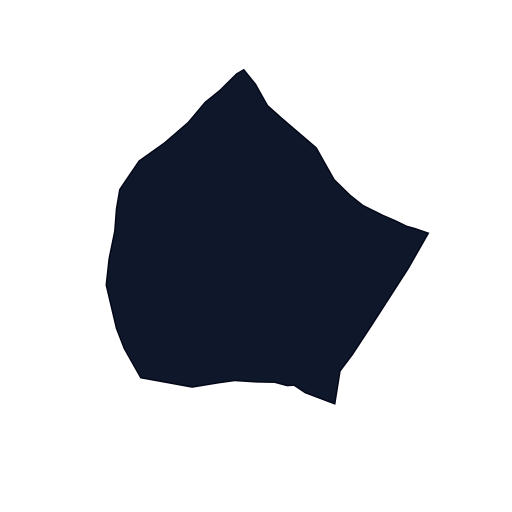 the district of Disuq, Kafr ash Shaykh, Egypt, rotated 240°
{"feature_id": "37247803B31091771651272", "entity_name": "Disuq", "entity_type": "district", "adm_level": 2, "iso_a3": "EGY", "parent_name": "Egypt", "parent_adm1": "Kafr ash Shaykh", "projection": "mercator", "projection_center": [30.648, 31.145], "detail": "fine", "context": "isolated", "style": "filled", "palette": "ink", "viewbox_px": 512, "rotation_deg": 240, "n_neighbors": 0, "source": "geoboundaries", "source_scale": "gbopen_adm2", "svg_char_len": 774}
<svg xmlns="http://www.w3.org/2000/svg" viewBox="0 0 512 512"><g transform="rotate(240 256 256)"><path d="M189.6,416.6L200.3,407.3L206.5,401.2L215.6,395.1L227.9,386.0L246.3,373.8L261.5,367.8L282.9,361.8L304.3,362.0L319.5,362.2L362.3,347.1L380.6,341.1L405.0,341.4L423.4,338.5L423.4,330.4L417.4,307.5L414.5,288.9L405.5,264.1L399.6,233.2L396.7,202.3L385.7,179.5L381.6,171.2L366.5,158.7L348.2,146.2L327.0,127.4L305.7,111.8L263.1,99.0L241.8,95.7L223.5,95.5L208.2,95.4L191.3,115.3L174.4,135.2L165.1,159.9L158.9,175.2L146.6,193.7L137.4,209.0L131.3,215.1L128.2,218.2L125.1,224.4L112.9,230.4L88.6,250.3L89.3,250.9L90.1,251.5L93.7,254.4L99.2,258.9L114.4,271.2L122.4,290.0L134.0,313.0L138.2,321.4L169.1,381.5L189.6,416.6Z" fill="#0f172a" stroke="#020617" stroke-width="1.5"/></g></svg>